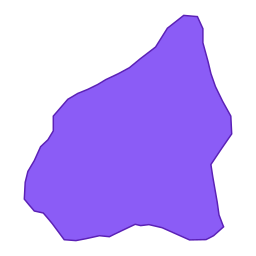 outline of Kakopetria, Nicosia, Cyprus
{"feature_id": "46923920B80609054396383", "entity_name": "Kakopetria", "entity_type": "district", "adm_level": 2, "iso_a3": "CYP", "parent_name": "Cyprus", "parent_adm1": "Nicosia", "projection": "equal_earth", "projection_center": [32.895, 34.968], "detail": "fine", "context": "isolated", "style": "filled", "palette": "violet", "viewbox_px": 256, "rotation_deg": 0, "n_neighbors": 0, "source": "geoboundaries", "source_scale": "gbopen_adm2", "svg_char_len": 799}
<svg xmlns="http://www.w3.org/2000/svg" viewBox="0 0 256 256"><path d="M197.4,16.6L183.7,15.4L167.4,28.2L155.6,47.0L140.2,58.8L129.4,67.7L118.5,73.6L105.8,79.6L97.7,84.5L87.7,89.4L77.8,93.4L67.8,99.3L53.3,116.1L53.3,130.9L47.9,139.8L40.6,146.7L34.3,160.6L27.9,171.4L25.2,182.3L24.3,199.1L29.0,204.8L34.3,211.0L43.3,213.0L48.1,218.6L52.4,223.8L55.8,228.4L57.3,230.4L64.2,239.7L75.9,240.6L85.9,238.7L99.5,235.7L109.4,236.7L114.0,234.4L121.9,230.6L135.2,224.3L140.7,225.6L148.9,224.6L162.1,227.7L163.7,228.4L189.5,239.9L206.0,239.6L209.0,238.1L213.6,235.7L223.6,226.8L222.8,224.9L219.0,214.9L217.2,202.1L212.7,176.4L210.9,164.5L220.8,149.7L231.7,133.9L230.8,116.1L222.6,101.3L215.4,86.5L210.9,73.6L208.1,61.8L202.9,42.8L202.9,28.7L197.4,16.6Z" fill="#8b5cf6" stroke="#5b21b6" stroke-width="1.5"/></svg>